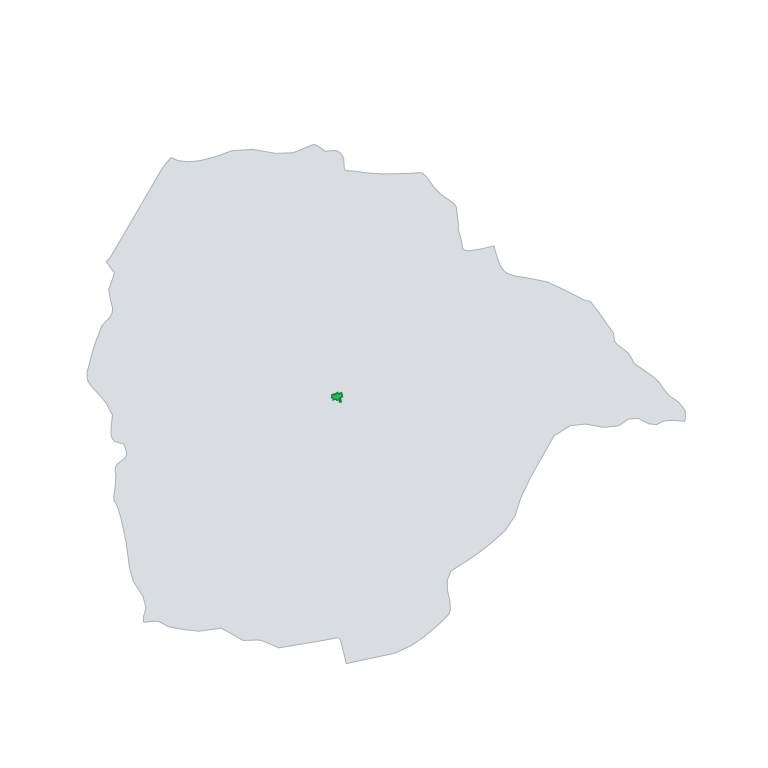 location of Redcliff, Midlands, Zimbabwe, rotated 168°
{"feature_id": "62879985B17872129948675", "entity_name": "Redcliff", "entity_type": "district", "adm_level": 2, "iso_a3": "ZWE", "parent_name": "Zimbabwe", "parent_adm1": "Midlands", "projection": "mercator", "projection_center": [29.763, -19.011], "detail": "fine", "context": "in_parent", "style": "filled", "palette": "green", "viewbox_px": 768, "rotation_deg": 168, "n_neighbors": 0, "source": "geoboundaries", "source_scale": "gbopen_adm2", "svg_char_len": 2760}
<svg xmlns="http://www.w3.org/2000/svg" viewBox="0 0 768 768"><g transform="rotate(168 384 384)"><path d="M545.3,649.7L538.6,645.1L529.4,642.1L517.7,640.7L502.5,641.3L483.9,643.8L463.8,640.8L442.4,632.2L424.7,629.1L403.5,632.9L402.5,633.0L398.8,630.1L393.0,623.8L383.4,622.7L380.7,621.2L378.6,618.9L377.2,615.9L376.6,612.6L378.2,602.3L377.3,601.2L374.7,599.9L369.4,598.7L356.7,594.0L340.7,589.5L314.7,584.6L304.6,583.3L302.2,581.8L299.3,578.0L294.3,566.2L289.6,558.4L278.4,546.4L276.6,542.7L277.2,533.2L278.0,525.5L279.2,519.0L278.7,512.9L278.5,505.4L278.9,500.3L277.3,498.1L273.3,496.6L261.7,495.9L247.7,496.2L247.3,488.5L246.0,476.7L243.3,469.8L240.1,466.3L233.7,462.6L220.7,457.5L203.0,449.8L187.9,438.5L170.5,424.3L165.1,421.9L158.7,408.6L149.0,385.9L149.6,378.4L148.1,374.7L138.7,363.6L136.6,357.8L134.9,352.0L119.8,335.8L114.7,328.7L110.8,319.6L106.9,312.3L103.6,309.4L99.3,304.4L96.4,298.8L95.0,294.6L96.1,289.0L97.6,285.1L111.9,289.1L119.7,289.5L125.9,287.5L133.4,290.1L142.5,297.5L152.3,298.9L163.0,294.3L177.4,295.7L195.5,303.0L210.5,304.5L228.4,298.0L244.4,280.0L259.4,263.1L274.2,243.7L283.1,228.0L296.1,215.3L313.3,205.5L330.9,197.2L357.7,187.0L363.0,178.7L364.8,169.6L364.8,156.9L366.2,148.7L369.0,144.9L373.4,142.0L379.2,138.2L396.8,128.6L411.6,122.5L429.6,118.4L449.3,118.4L468.3,118.4L479.1,118.3L479.3,130.5L480.1,144.2L482.2,145.5L496.5,145.8L519.4,146.8L541.5,147.7L555.6,157.7L560.3,159.8L575.0,162.4L593.8,179.0L616.3,180.6L631.8,185.8L645.5,191.5L653.3,198.3L658.4,199.9L665.3,200.4L668.6,201.0L667.9,205.9L663.3,214.3L663.9,226.3L670.2,242.9L671.1,257.4L669.1,282.9L669.2,307.7L669.9,316.5L670.9,322.4L672.2,325.6L672.0,329.3L668.2,339.7L665.2,350.7L665.1,355.1L663.9,358.2L661.7,361.0L651.9,366.1L650.2,369.2L650.2,374.9L651.4,379.7L655.1,381.4L659.6,384.1L661.3,387.7L661.4,391.5L659.9,398.5L656.0,410.1L659.9,423.4L664.4,432.1L670.5,442.2L673.0,448.3L672.9,452.8L672.0,457.1L662.8,475.5L656.2,486.9L648.2,499.2L637.5,506.9L634.8,510.6L633.7,514.8L634.1,524.0L633.6,533.6L624.5,548.5L630.2,561.3L628.9,562.4L625.8,564.3L612.7,578.7L599.4,593.3L589.8,603.9L578.8,616.1L566.4,629.7L555.9,641.4L545.3,649.7Z" fill="#d9dde1" stroke="#a8b0b8" stroke-width="1"/><path d="M431.3,375.8L429.6,375.4L429.6,376.2L429.8,376.3L429.7,376.7L429.6,377.2L429.5,377.7L429.7,378.0L429.8,378.5L430.0,378.6L430.1,378.9L430.5,379.1L430.5,379.5L429.5,379.7L429.2,379.8L428.8,379.9L427.3,380.2L427.5,380.9L427.7,382.2L427.1,382.3L427.4,384.3L430.8,383.8L431.2,385.4L433.4,384.5L433.6,383.3L434.2,383.6L434.0,383.8L434.2,384.1L434.3,384.1L434.9,384.5L435.1,384.0L436.0,384.4L436.7,384.4L437.1,384.3L438.0,381.5L436.3,380.6L436.8,379.6L437.0,379.1L434.2,379.3L433.4,377.9L430.5,377.8L431.3,375.8Z" fill="#22c55e" stroke="#15803d" stroke-width="1.5"/></g></svg>